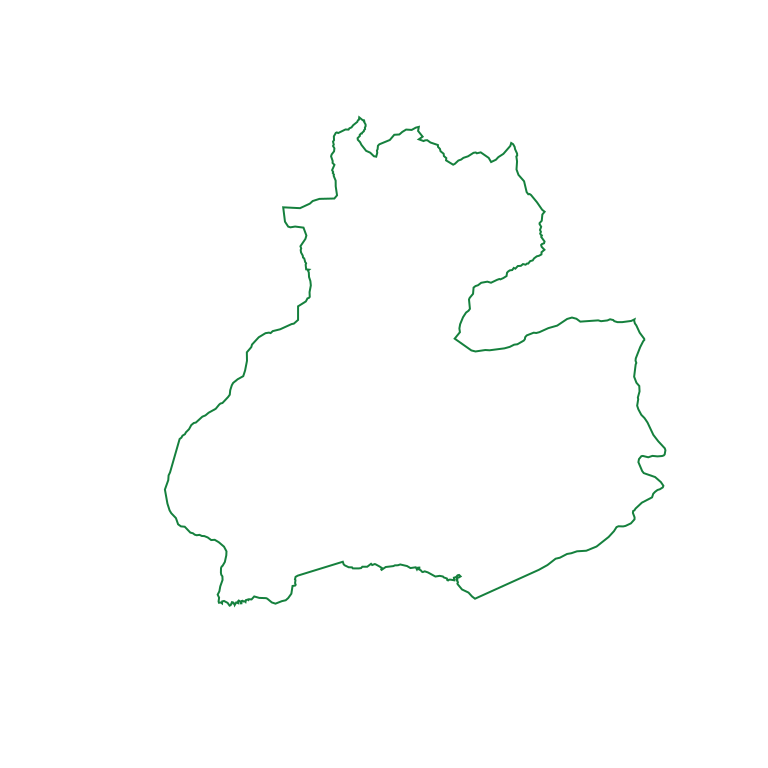 Tumbaya, Jujuy, Argentina, rotated 241°
{"feature_id": "61730980B96811087093060", "entity_name": "Tumbaya", "entity_type": "district", "adm_level": 2, "iso_a3": "ARG", "parent_name": "Argentina", "parent_adm1": "Jujuy", "projection": "mercator", "projection_center": [-65.57, -23.715], "detail": "fine", "context": "isolated", "style": "outline", "palette": "green", "viewbox_px": 768, "rotation_deg": 241, "n_neighbors": 0, "source": "geoboundaries", "source_scale": "gbopen_adm2", "svg_char_len": 6166}
<svg xmlns="http://www.w3.org/2000/svg" viewBox="0 0 768 768"><g transform="rotate(241 384 384)"><path d="M325.7,162.8L319.3,165.2L314.0,165.1L310.6,163.0L305.5,158.5L303.2,154.6L303.1,153.6L302.0,152.2L298.1,149.9L296.1,149.2L294.1,149.4L290.9,147.8L286.4,142.7L282.5,139.5L280.4,136.4L277.1,136.2L274.0,133.9L272.7,133.6L272.0,135.4L270.6,136.0L272.3,137.1L271.8,138.9L268.4,141.1L265.0,141.5L264.9,142.6L266.9,145.3L266.1,146.1L264.9,145.9L264.6,146.7L263.1,146.3L264.6,148.9L263.0,150.2L264.7,151.0L265.0,152.0L263.1,152.9L261.6,152.4L261.3,153.0L263.2,154.3L263.0,155.2L261.6,156.0L261.5,157.1L260.6,157.3L261.9,158.4L261.5,160.5L260.8,160.7L261.2,161.6L259.8,163.7L261.1,167.5L257.4,171.2L253.9,177.0L252.9,177.8L247.3,180.0L244.5,182.6L243.6,189.4L242.5,193.2L243.2,196.4L245.5,201.3L251.7,206.1L250.8,208.5L251.2,209.4L253.0,209.7L255.4,211.5L256.3,211.4L258.2,213.2L258.2,215.7L248.5,261.8L245.9,261.3L244.5,261.7L240.8,264.3L239.2,267.1L237.9,267.3L235.0,272.4L234.1,274.7L234.7,276.5L232.3,280.8L233.0,285.5L231.4,285.9L231.0,288.6L230.4,289.2L226.6,291.6L224.0,293.0L223.2,291.7L222.6,291.8L223.1,296.8L220.2,303.9L220.1,305.6L218.7,308.3L218.3,310.7L213.6,315.9L210.2,317.9L208.3,322.9L205.8,322.9L206.9,324.6L206.3,325.9L205.5,325.5L205.3,324.5L203.1,325.9L201.4,326.2L200.7,326.8L200.4,328.8L198.0,331.0L190.7,335.6L189.2,339.7L187.1,342.2L185.9,342.5L183.4,344.7L181.7,344.3L181.1,344.9L181.3,346.0L180.6,347.4L178.3,350.2L180.7,351.2L180.2,353.4L181.0,355.6L180.6,357.1L178.6,357.7L178.5,355.6L179.3,354.3L177.6,353.4L178.2,353.0L177.8,352.4L174.8,352.6L173.8,351.4L173.0,351.4L166.5,352.6L160.6,356.8L155.5,358.0L152.1,359.5L146.4,429.4L146.4,439.2L148.0,449.4L146.8,453.6L146.6,461.7L145.2,465.7L144.1,471.7L140.1,480.1L138.8,491.1L141.3,506.3L143.8,513.8L146.1,518.0L145.9,520.1L143.5,524.1L142.8,526.4L142.4,532.4L144.2,537.5L145.9,538.5L150.6,539.2L152.1,540.3L152.1,541.8L153.1,543.6L155.2,552.0L154.9,563.5L157.5,566.3L158.3,568.9L158.7,571.9L158.2,574.2L158.4,577.7L159.5,579.0L164.0,578.6L171.2,576.0L180.1,568.0L182.7,567.6L192.3,568.6L194.7,570.6L196.1,574.1L195.6,575.5L191.8,579.6L191.0,583.9L188.1,588.1L186.2,592.3L185.9,594.0L186.3,595.3L189.6,598.0L191.6,598.4L200.9,596.1L208.9,594.9L222.6,595.8L228.0,595.3L232.3,594.1L238.5,594.2L242.3,594.9L247.5,599.0L249.0,599.4L253.6,603.9L258.5,606.3L262.7,605.4L269.1,606.3L279.1,613.6L280.1,614.9L282.4,615.3L284.3,616.6L292.1,626.0L295.8,631.5L296.3,633.0L297.4,633.5L304.9,632.5L313.0,633.1L315.3,632.8L318.2,633.5L319.1,634.4L319.3,630.8L322.6,622.4L324.9,618.2L327.3,615.9L328.8,615.5L331.0,613.1L331.3,610.2L333.7,604.3L335.8,602.2L343.4,585.9L347.8,583.9L351.0,580.6L352.1,575.7L351.1,563.8L353.2,554.8L354.0,545.0L354.8,541.9L356.3,539.8L357.3,532.4L356.5,530.2L354.9,528.9L354.2,527.3L354.1,519.9L355.3,516.9L355.5,512.0L356.8,506.6L362.3,492.7L364.6,489.1L368.1,479.8L371.0,476.7L389.4,467.8L392.5,475.5L396.1,476.9L399.4,479.6L404.1,485.5L406.7,490.4L407.1,493.5L408.1,495.6L416.7,499.3L417.8,500.7L419.7,505.6L424.9,509.1L425.3,511.5L424.8,514.1L425.4,518.1L423.4,524.0L420.7,526.7L420.3,533.3L419.9,535.8L419.1,536.5L418.8,539.6L419.0,543.5L421.7,545.6L422.2,547.1L422.4,549.1L421.5,551.4L422.6,553.8L421.2,554.8L422.3,558.2L421.0,561.0L421.5,563.7L419.7,565.7L420.0,567.6L419.4,568.5L420.6,571.4L420.0,574.0L421.1,576.1L421.6,579.5L421.0,581.8L421.0,584.5L422.9,585.7L423.6,589.4L427.5,588.4L429.4,588.8L429.8,589.9L429.5,592.2L430.8,593.5L436.4,592.8L437.4,594.1L438.4,593.5L439.8,593.5L441.0,595.0L443.1,595.1L445.3,597.7L448.5,597.6L449.3,598.1L450.3,601.1L455.5,604.7L456.8,608.0L459.7,606.8L468.8,605.9L478.1,604.2L479.6,603.4L480.0,602.2L482.7,601.8L493.4,604.8L501.7,603.0L507.4,603.9L514.2,608.3L518.9,610.1L519.2,611.2L521.0,612.1L525.9,612.5L528.0,613.2L531.1,613.2L533.1,612.1L531.0,609.9L527.4,600.0L527.0,594.0L525.9,590.6L526.2,585.3L531.0,585.2L539.7,580.9L540.8,577.0L542.0,576.5L542.8,574.4L542.4,567.9L543.3,563.1L542.9,560.3L543.4,557.4L542.2,552.6L542.3,550.8L549.5,546.7L551.4,548.0L554.3,546.9L556.5,547.8L560.1,546.3L562.6,546.9L565.2,546.2L566.9,547.0L572.7,541.7L576.3,540.0L577.2,538.0L577.3,536.4L581.1,533.1L581.6,537.7L588.8,536.5L592.0,539.1L592.8,536.1L592.8,531.4L595.8,526.7L595.6,522.2L594.8,518.4L597.0,513.8L594.6,507.4L595.9,496.1L595.3,494.2L592.4,492.2L591.6,491.0L589.5,490.2L586.6,487.4L588.1,485.6L593.0,484.1L596.6,481.4L604.1,480.2L607.2,480.3L610.3,479.5L611.8,480.1L612.7,483.2L613.6,483.5L614.2,485.2L613.8,486.1L614.4,486.8L614.8,488.9L615.6,489.4L616.1,491.0L617.4,491.5L618.5,493.0L619.9,493.7L623.2,493.7L623.4,494.2L624.5,494.3L625.0,493.3L629.2,491.6L627.4,490.3L627.2,488.9L626.2,487.7L625.3,482.5L624.2,480.0L624.4,477.7L623.7,476.3L625.3,473.7L625.7,465.6L626.9,464.7L627.0,463.6L624.9,460.2L621.5,458.5L620.7,456.9L617.7,456.1L616.9,454.8L614.2,454.9L611.7,453.1L610.2,449.6L608.8,448.1L603.9,447.2L602.3,446.2L599.7,446.9L596.2,442.3L594.0,442.3L593.4,441.5L591.4,441.7L590.5,440.9L585.3,440.3L580.3,437.6L571.8,434.4L570.3,430.5L577.2,417.3L578.6,410.3L577.7,406.6L578.5,395.8L587.4,381.5L574.0,376.1L568.1,376.5L566.4,378.1L564.8,382.6L559.8,389.4L551.5,388.1L549.0,385.6L545.0,377.7L542.7,377.3L541.6,376.1L539.2,375.2L535.7,375.2L533.9,374.5L532.5,375.1L528.8,374.2L527.3,374.4L526.3,373.3L522.0,371.5L520.3,373.9L520.0,372.5L518.0,372.3L513.9,370.3L509.7,369.5L505.7,367.8L500.4,363.4L496.2,361.3L495.7,359.9L496.0,358.6L494.1,355.7L493.6,346.5L481.7,339.9L480.5,334.4L481.2,332.3L482.2,319.7L484.2,312.3L483.5,309.5L484.7,308.3L485.9,305.0L485.6,297.1L482.5,287.7L480.6,285.8L478.2,279.4L470.7,275.4L463.1,269.0L459.1,264.7L459.1,258.3L458.1,252.6L456.7,250.3L453.1,246.5L449.4,243.9L448.2,241.3L445.7,233.5L446.2,231.5L445.9,229.9L443.9,224.8L443.9,216.7L443.1,212.6L443.5,209.3L441.5,200.8L442.1,198.7L441.5,195.5L439.0,191.6L437.8,187.4L436.6,185.5L436.5,182.7L435.3,180.8L435.0,178.6L410.4,154.0L408.5,151.3L404.5,148.7L397.9,141.2L384.4,136.6L377.4,135.2L374.1,135.3L367.6,137.0L361.1,135.9L357.9,137.4L355.8,140.5L347.9,142.6L346.1,144.5L344.0,145.4L342.5,146.9L341.5,149.5L339.4,151.0L338.1,153.1L335.3,155.4L331.3,157.2L329.8,160.4L325.7,162.8Z" fill="none" stroke="#15803d" stroke-width="2"/></g></svg>